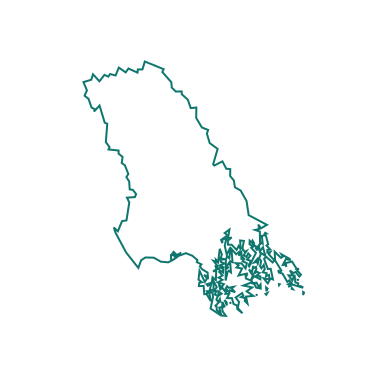 the district of Marlborough District, Marlborough District, New Zealand, rotated 111°
{"feature_id": "76426892B14162355231744", "entity_name": "Marlborough District", "entity_type": "district", "adm_level": 2, "iso_a3": "NZL", "parent_name": "New Zealand", "parent_adm1": "Marlborough District", "projection": "robinson", "projection_center": [173.954, -41.576], "detail": "fine", "context": "isolated", "style": "outline", "palette": "teal", "viewbox_px": 384, "rotation_deg": 111, "n_neighbors": 0, "source": "geoboundaries", "source_scale": "gbopen_adm2", "svg_char_len": 6050}
<svg xmlns="http://www.w3.org/2000/svg" viewBox="0 0 384 384"><g transform="rotate(111 192 192)"><path d="M87.5,262.5L87.1,282.8L95.3,282.2L97.0,286.5L100.1,285.7L99.5,295.6L104.1,296.8L102.1,304.9L110.6,305.1L111.2,310.7L114.3,311.5L114.0,315.7L121.8,318.1L117.6,326.6L123.3,326.3L128.3,332.7L134.8,326.5L140.6,326.8L142.1,322.0L149.2,316.0L149.5,312.4L152.0,312.3L144.4,309.3L158.6,298.3L158.6,295.6L176.3,290.3L179.7,285.0L182.2,285.2L179.6,275.4L182.5,274.3L184.1,269.4L190.1,268.0L191.1,264.3L198.0,257.9L201.6,258.6L204.7,254.4L211.9,251.1L211.2,248.0L214.0,243.4L217.2,243.5L220.6,250.7L224.2,246.8L242.0,243.0L244.3,246.9L255.2,247.1L253.2,252.3L257.6,248.6L272.0,231.9L282.1,214.9L273.9,215.0L269.8,212.0L267.0,204.1L268.2,196.1L266.2,189.0L261.7,185.0L255.7,181.1L255.1,179.9L255.4,181.7L261.6,185.0L263.1,187.1L258.5,189.0L257.3,185.5L256.8,188.3L254.5,187.7L256.3,183.5L253.3,181.0L255.0,179.9L251.3,175.8L251.4,168.8L253.6,162.6L255.7,162.4L256.2,157.3L258.6,158.0L260.5,154.9L261.6,148.6L266.2,146.4L264.9,151.0L267.4,146.9L271.3,147.8L262.8,156.8L271.5,154.5L272.7,150.4L274.2,152.7L277.4,151.8L275.5,147.5L283.0,143.9L282.0,141.9L287.2,135.3L279.5,140.1L280.9,141.4L279.3,142.7L278.4,140.2L270.7,141.1L273.9,143.6L272.9,145.3L269.6,141.1L264.2,142.3L265.7,138.2L257.2,141.0L258.4,144.0L255.5,141.3L252.2,144.0L253.4,141.1L251.9,141.7L248.6,147.3L248.4,144.4L246.5,145.5L247.1,144.0L247.8,143.5L248.5,142.7L248.6,142.4L235.1,145.7L239.6,141.7L243.6,141.7L242.9,136.8L245.0,141.2L246.9,140.1L247.1,136.0L250.4,139.6L251.1,134.8L252.2,138.1L253.0,135.1L256.1,134.2L255.3,136.9L256.9,137.9L259.0,133.6L262.4,136.4L263.1,132.1L267.0,135.4L266.6,129.2L270.1,130.2L268.7,133.7L272.9,130.7L270.5,129.4L272.6,126.2L267.4,125.5L268.3,123.4L265.6,119.1L268.0,120.4L270.1,115.8L270.3,121.5L272.1,121.4L270.9,124.0L275.1,124.3L273.6,120.8L278.5,121.3L276.8,116.7L281.6,113.1L281.8,109.3L285.0,107.8L287.1,101.4L283.9,107.7L277.8,108.7L274.9,113.4L268.4,109.0L270.5,106.9L272.5,108.5L272.0,104.2L274.7,103.8L276.4,100.1L270.3,104.1L267.0,97.5L265.1,105.4L259.5,101.6L260.9,110.5L255.5,104.5L255.7,101.8L253.1,105.1L248.3,103.9L249.0,96.9L246.3,97.9L246.6,101.6L243.4,99.9L243.2,102.8L245.8,104.8L240.9,104.3L239.0,105.4L241.3,107.4L238.9,108.4L245.2,107.3L244.0,111.1L248.4,105.1L253.5,105.6L253.4,110.7L251.1,111.9L250.5,111.1L249.9,112.0L248.8,111.1L248.4,111.5L253.3,118.6L245.5,117.8L246.5,123.4L243.9,122.2L242.8,125.7L240.9,120.1L244.2,114.6L238.8,115.3L238.5,119.9L235.7,119.3L234.7,121.4L237.4,121.7L230.5,124.3L234.7,125.5L230.5,126.2L234.3,128.5L231.0,134.8L243.0,129.0L242.9,131.6L247.0,132.6L245.4,130.5L253.1,126.8L252.3,129.4L253.9,130.1L262.6,128.9L243.4,136.0L239.2,136.3L240.5,133.4L229.8,136.3L238.0,137.1L230.6,142.1L223.2,143.4L225.3,146.6L228.8,145.4L226.3,147.7L219.7,143.2L218.6,146.8L213.6,143.6L222.5,141.8L220.2,138.7L224.7,141.1L228.3,139.5L227.0,136.1L230.1,129.6L225.6,129.1L228.1,126.0L220.0,129.7L219.1,126.0L226.6,124.7L229.0,121.4L227.5,120.0L232.5,121.1L233.1,117.9L229.2,117.5L230.6,114.6L235.4,116.5L235.2,113.2L237.2,112.1L238.6,112.8L240.4,112.7L241.0,111.9L225.9,110.5L222.9,116.7L221.2,115.3L220.1,119.6L216.8,120.7L218.5,116.9L217.5,116.7L216.3,118.2L215.6,118.1L217.7,115.6L219.3,115.5L220.2,111.2L217.8,110.5L223.2,107.4L218.1,106.0L225.4,100.6L224.2,105.5L229.8,105.6L231.6,102.7L236.9,101.8L238.3,99.8L234.4,98.9L237.9,96.4L241.6,97.2L241.0,93.3L244.1,92.7L241.8,90.4L245.8,88.3L246.9,94.2L250.2,88.5L244.6,87.7L244.6,85.1L235.5,91.0L236.7,93.6L228.5,100.8L225.9,99.5L228.9,91.5L226.3,90.6L222.6,98.0L220.0,97.4L221.6,99.9L219.0,100.9L217.7,98.3L215.3,103.2L213.6,102.1L205.8,107.7L207.9,111.1L214.9,107.5L214.4,109.8L217.2,109.4L204.6,114.5L204.8,119.5L202.5,116.1L198.6,118.4L201.2,114.6L195.8,110.3L193.3,130.8L180.9,137.8L173.2,147.1L172.2,153.6L166.3,157.0L163.4,162.1L156.9,164.5L158.0,168.3L152.5,174.6L159.3,180.7L158.5,182.2L142.6,183.5L140.0,193.0L132.2,199.0L128.3,199.2L128.2,205.9L121.4,214.6L111.6,218.2L114.1,223.3L107.3,229.0L104.4,236.5L101.8,237.7L104.0,243.1L101.8,248.3L96.9,250.7L90.6,262.7L87.5,262.5ZM241.7,54.8L241.1,54.8L241.0,56.7L241.7,59.3L239.1,60.2L239.4,63.1L232.5,66.6L238.7,66.6L235.2,72.0L233.8,68.0L230.2,72.5L231.3,68.4L229.5,66.5L232.5,61.5L230.1,60.7L227.0,66.7L225.4,64.5L226.2,66.9L221.1,73.7L225.5,80.1L226.2,78.1L228.2,77.1L226.4,78.5L227.6,81.1L220.8,80.3L220.7,77.7L220.2,76.3L219.5,76.7L218.1,86.2L219.9,84.1L221.6,85.3L218.1,93.4L226.1,89.9L233.3,80.4L235.5,80.9L234.0,83.5L236.1,82.0L235.7,78.3L241.8,70.8L239.6,69.5L242.4,64.9L241.7,54.8ZM295.5,116.0L292.5,120.6L289.1,122.5L287.2,120.6L283.7,124.2L288.4,122.7L290.2,125.1L294.7,121.8L293.4,126.5L289.4,128.4L290.5,129.7L285.6,127.5L283.7,130.7L279.9,130.5L279.5,133.9L275.9,133.8L276.7,135.9L271.9,134.8L267.6,139.8L276.2,136.7L276.5,138.9L279.4,139.0L278.5,136.8L282.7,134.7L294.2,132.9L296.9,120.7L295.5,116.0ZM257.5,93.2L253.7,94.9L256.7,95.7L253.5,99.2L254.8,101.6L258.3,97.7L257.5,93.2ZM279.4,130.1L276.3,127.9L275.3,131.8L279.4,130.1ZM235.4,104.9L232.8,105.2L230.8,106.9L235.5,108.6L233.9,106.5L235.4,104.9ZM258.0,87.0L255.1,86.8L254.5,88.6L258.0,87.0ZM248.4,51.3L245.7,51.4L245.5,52.4L248.4,51.3ZM258.6,183.9L256.0,185.2L258.4,185.1L258.6,183.9ZM281.1,122.9L285.4,118.8L282.7,120.0L281.1,122.9ZM284.0,126.4L281.9,127.6L283.9,127.9L284.0,126.4ZM243.5,68.9L243.0,66.9L242.4,68.2L243.5,68.9ZM261.3,85.8L259.4,85.5L260.8,86.8L261.3,85.8ZM251.4,132.0L249.6,131.3L249.2,131.8L251.4,132.0ZM281.5,117.4L282.2,115.6L281.8,116.1L281.5,117.4ZM245.8,64.3L246.7,64.2L246.6,63.0L245.8,64.3ZM245.0,66.8L244.4,66.6L245.9,68.4L245.0,66.8ZM221.5,111.9L221.9,113.0L221.9,111.7L221.5,111.9ZM265.0,94.7L264.0,94.8L265.8,95.0L265.0,94.7ZM222.3,110.3L221.8,109.6L221.2,110.2L222.3,110.3ZM204.4,109.1L204.0,108.1L203.8,109.0L204.4,109.1ZM259.4,185.1L259.1,184.3L259.4,185.1ZM256.9,183.1L256.1,182.4L255.6,182.3L256.9,183.1ZM247.7,77.3L246.7,77.0L246.8,77.8L247.7,77.3ZM254.7,138.8L253.9,139.0L254.5,139.4L254.7,138.8ZM236.8,61.4L236.0,61.5L236.1,61.9L236.8,61.4Z" fill="none" stroke="#0f766e" stroke-width="2"/></g></svg>